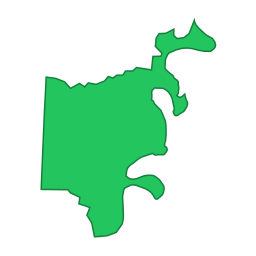 the district of Adams, Mississippi, United States of America, rotated 182°
{"feature_id": "52423323B79783446194500", "entity_name": "Adams", "entity_type": "district", "adm_level": 2, "iso_a3": "USA", "parent_name": "United States of America", "parent_adm1": "Mississippi", "projection": "orthographic", "projection_center": [-91.474, 31.468], "detail": "fine", "context": "isolated", "style": "filled", "palette": "green", "viewbox_px": 256, "rotation_deg": 182, "n_neighbors": 0, "source": "geoboundaries", "source_scale": "gbopen_adm2", "svg_char_len": 2433}
<svg xmlns="http://www.w3.org/2000/svg" viewBox="0 0 256 256"><g transform="rotate(182 128 128)"><path d="M211.5,176.0L212.0,144.9L212.1,140.6L212.6,71.7L212.6,63.6L185.9,64.2L183.2,61.1L173.7,57.1L174.4,50.5L163.3,47.2L166.0,39.5L160.9,31.8L157.7,18.2L157.0,18.2L151.6,18.7L144.7,19.7L136.3,23.2L136.0,23.4L130.6,31.7L130.3,32.5L129.6,37.1L129.6,40.9L130.3,51.0L131.0,58.3L130.9,60.3L130.2,65.4L129.3,67.8L124.0,70.6L122.5,71.3L119.6,71.3L117.2,70.8L108.1,67.8L104.5,65.8L102.7,64.4L101.7,63.3L100.1,61.2L99.2,59.6L98.3,58.3L97.7,58.0L96.7,57.9L96.1,58.1L93.4,60.4L91.7,62.1L90.7,63.8L90.3,65.0L89.8,68.5L90.1,70.5L90.3,71.2L90.9,72.1L91.5,73.1L94.9,77.5L97.9,79.7L99.7,80.8L100.9,81.3L102.8,81.6L107.2,81.4L110.2,80.8L117.4,77.8L119.3,77.2L122.0,77.0L123.8,77.3L125.2,77.7L128.3,79.9L127.8,85.2L127.4,86.9L127.0,87.9L127.0,88.0L124.6,90.8L120.7,93.8L116.9,97.2L114.8,98.6L112.7,99.7L102.7,103.4L102.2,103.3L101.3,102.5L99.4,101.9L95.8,102.5L93.6,102.4L92.1,102.5L91.2,102.7L90.5,103.2L88.6,106.0L88.3,106.7L88.1,107.6L88.2,108.5L88.9,110.2L90.2,110.8L90.8,111.4L90.8,114.1L90.1,116.1L89.7,122.0L90.1,131.1L90.8,135.6L91.4,137.5L92.4,139.6L93.7,142.6L95.8,146.9L99.2,150.0L102.5,153.3L103.7,155.9L105.3,156.7L105.3,158.4L105.3,162.1L105.6,164.2L105.2,166.4L103.0,168.9L94.5,168.9L93.1,168.4L90.5,166.8L88.5,164.9L86.7,162.6L84.9,158.9L82.5,149.5L82.5,148.0L83.4,145.9L83.3,145.5L82.1,142.9L81.8,142.5L80.7,142.0L79.5,142.1L78.0,142.9L77.3,143.7L73.8,145.8L72.2,147.3L70.1,150.9L69.4,153.5L69.4,155.4L70.9,158.6L71.8,161.1L72.5,163.9L74.7,161.7L75.4,161.2L77.0,160.4L78.1,160.7L80.2,162.0L80.1,162.5L79.0,164.4L78.6,169.4L78.7,170.7L79.3,173.3L79.3,175.9L80.4,177.3L83.7,179.5L84.6,181.5L85.1,182.1L89.6,185.4L92.5,188.0L92.9,188.7L93.2,189.5L93.0,196.3L92.9,198.0L91.8,200.9L90.6,203.3L89.6,204.4L83.1,207.6L77.6,209.3L74.1,209.8L70.6,210.0L66.1,209.5L59.7,208.1L54.8,207.4L49.2,207.4L48.0,207.7L45.5,209.6L44.6,210.6L43.7,212.1L43.4,213.7L43.4,214.3L44.4,217.3L47.0,220.6L53.5,223.9L61.4,230.8L63.7,233.5L65.3,236.7L65.5,237.8L70.2,224.6L75.3,220.2L82.0,219.1L85.6,222.2L85.6,228.4L93.4,224.0L100.2,223.4L103.0,218.8L103.5,210.5L96.7,204.0L97.6,200.9L105.6,200.4L106.5,186.9L121.6,188.7L125.3,185.2L132.5,184.8L135.0,180.6L141.0,180.4L144.8,177.4L149.4,178.8L153.1,174.1L161.4,170.5L169.3,171.7L172.7,167.6L178.0,170.8L186.8,165.6L192.9,171.9L201.8,175.0L211.5,176.0Z" fill="#22c55e" stroke="#15803d" stroke-width="1.5"/></g></svg>